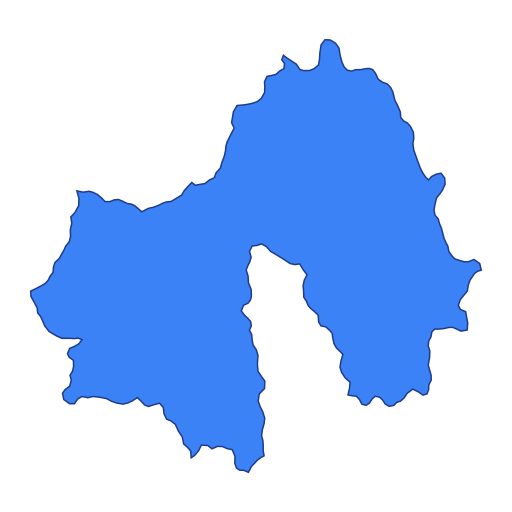 outline of Santa Maria de Itabira, Minas Gerais, Brazil
{"feature_id": "56859067B20369647049217", "entity_name": "Santa Maria de Itabira", "entity_type": "district", "adm_level": 2, "iso_a3": "BRA", "parent_name": "Brazil", "parent_adm1": "Minas Gerais", "projection": "natural_earth1", "projection_center": [-43.042, -19.431], "detail": "fine", "context": "isolated", "style": "filled", "palette": "blue", "viewbox_px": 512, "rotation_deg": 0, "n_neighbors": 0, "source": "geoboundaries", "source_scale": "gbopen_adm2", "svg_char_len": 4501}
<svg xmlns="http://www.w3.org/2000/svg" viewBox="0 0 512 512"><path d="M474.0,259.5L468.5,261.7L464.6,261.8L460.5,260.8L454.6,258.8L451.2,254.9L448.8,251.3L447.9,246.3L445.9,242.5L444.1,238.5L442.8,233.5L441.5,228.4L439.6,224.0L438.2,218.8L435.1,215.4L434.0,210.2L434.9,204.8L436.5,198.0L440.2,193.4L442.5,190.0L445.1,184.2L444.7,178.1L441.0,173.2L436.1,174.2L431.6,176.5L428.6,179.9L425.7,177.2L423.1,173.5L420.3,168.1L417.7,161.1L415.7,155.5L413.8,150.2L412.9,143.5L413.8,138.5L413.4,132.3L410.5,126.5L407.4,123.0L403.6,120.9L400.7,117.4L400.3,111.9L397.6,105.5L394.8,100.2L393.8,95.8L392.7,91.6L390.7,87.6L387.3,84.0L382.4,82.2L378.1,79.1L375.8,73.9L372.6,69.5L368.9,68.4L365.1,68.8L360.8,69.6L355.5,69.7L351.7,71.1L347.3,70.2L344.1,66.9L341.9,62.0L340.0,54.6L339.0,48.1L335.5,43.2L330.3,40.0L325.0,39.7L321.1,44.9L319.9,52.8L319.5,59.2L318.5,65.0L314.2,68.6L309.7,70.5L303.8,70.6L300.0,69.6L296.3,64.1L291.6,61.1L287.3,58.3L283.4,55.3L281.8,59.9L284.5,63.5L283.9,68.6L279.6,71.1L275.9,74.4L271.5,75.5L267.0,76.4L264.5,81.8L264.8,87.1L264.6,92.5L261.3,98.4L257.0,101.8L250.9,103.7L244.8,104.8L237.0,105.5L233.4,111.8L232.6,116.7L231.6,122.7L234.2,128.1L232.2,131.8L229.7,136.7L227.2,141.8L225.9,146.2L225.5,150.8L224.4,155.8L222.0,162.3L220.3,168.1L216.1,172.8L214.3,177.7L209.4,180.0L204.9,183.6L199.7,184.4L195.4,185.3L191.8,182.5L188.4,186.0L184.4,190.4L181.7,195.1L176.8,198.0L171.3,201.4L166.6,201.9L162.8,203.2L158.7,205.3L153.6,207.2L148.3,208.4L141.8,211.8L137.9,208.4L134.9,205.8L131.3,204.1L127.2,203.5L122.8,201.3L118.4,199.5L114.1,199.9L110.0,201.6L105.1,201.6L101.2,197.6L97.6,194.6L92.9,192.3L89.1,191.3L83.2,192.2L76.9,190.9L78.9,198.3L78.7,205.6L75.0,212.5L70.8,217.0L71.8,223.1L70.3,229.9L70.6,236.3L69.2,241.8L65.8,246.0L64.0,250.0L62.0,253.5L59.3,258.4L54.9,262.6L53.5,267.0L53.0,272.5L50.2,276.1L48.1,280.4L45.3,283.4L41.6,285.6L35.9,288.6L30.7,291.1L31.0,296.5L34.1,302.1L37.1,307.7L37.7,312.9L40.6,316.5L42.5,320.6L44.7,325.8L48.9,331.3L53.2,334.0L57.5,336.4L61.8,338.3L66.2,338.3L70.3,338.3L74.2,338.6L78.3,338.1L82.0,339.7L78.5,344.1L74.2,346.5L69.7,348.4L67.5,353.6L69.3,357.4L73.4,360.3L73.6,366.2L72.6,371.1L70.0,375.3L71.3,380.2L69.7,386.1L65.2,389.5L62.5,393.2L63.8,399.5L69.5,403.7L74.5,403.7L77.8,398.9L82.1,396.5L87.8,397.7L92.9,396.5L97.8,397.0L101.6,397.6L106.6,398.6L111.8,401.4L117.3,403.2L123.3,404.1L128.2,402.8L133.0,400.5L137.3,397.6L140.9,400.9L144.4,404.8L148.3,406.5L153.7,404.8L159.6,403.2L163.3,407.6L164.0,413.7L166.6,419.2L171.1,421.0L175.4,424.4L178.4,431.1L182.3,437.0L183.7,444.0L187.2,447.0L190.6,450.9L191.2,457.8L194.7,455.3L198.6,450.7L201.4,445.1L207.7,445.5L212.0,448.8L217.5,446.4L222.4,446.5L226.9,448.5L232.2,449.7L235.0,456.2L234.8,463.3L236.5,468.1L239.7,470.2L243.8,470.3L248.4,472.3L251.4,466.5L254.3,463.5L257.3,460.2L260.6,457.8L264.1,455.8L263.2,451.0L263.2,445.1L262.9,440.7L261.6,435.7L262.3,429.9L264.1,423.7L264.7,418.1L262.9,412.1L260.3,407.0L258.2,401.1L259.2,394.0L264.5,388.6L264.8,381.1L261.5,376.5L258.0,371.3L257.4,364.6L257.6,360.3L258.0,355.8L256.4,350.0L253.0,344.7L252.1,339.5L251.7,334.6L249.4,330.0L251.3,326.0L250.7,321.6L247.9,318.4L244.4,315.1L241.3,310.9L243.5,305.3L248.0,303.2L250.5,300.0L251.4,295.7L251.1,289.3L248.4,282.6L248.1,276.2L246.2,270.0L247.6,266.2L249.8,261.8L251.1,257.2L249.5,251.3L252.1,246.1L257.4,245.3L261.5,243.9L266.5,246.7L270.6,251.4L275.1,254.0L279.5,256.7L284.7,259.9L290.0,263.5L294.9,264.6L299.7,263.9L303.4,270.0L307.0,274.8L304.2,280.4L303.1,285.8L303.6,291.7L303.8,297.2L306.4,301.3L308.3,305.8L310.9,308.6L314.5,311.6L318.1,315.1L318.7,322.1L320.9,325.8L325.8,326.9L329.5,330.2L332.1,333.2L332.8,338.0L334.0,343.7L336.4,347.9L339.2,350.6L342.9,354.4L340.9,361.3L340.0,367.2L341.7,372.6L345.2,377.9L350.1,382.3L349.5,388.2L348.0,394.9L352.3,395.8L356.4,396.2L359.4,399.5L361.9,404.2L366.1,405.3L369.4,403.2L372.1,399.0L375.3,396.2L379.6,397.2L382.8,400.2L385.1,403.9L389.0,406.3L393.8,405.4L396.6,402.5L400.5,401.1L404.0,398.1L407.0,393.5L412.8,389.1L418.7,392.1L423.0,395.1L427.0,393.9L428.6,389.8L428.8,384.8L431.2,380.2L431.1,375.3L429.9,370.9L428.2,365.1L429.6,357.6L429.8,350.9L428.2,345.8L428.8,340.9L430.9,337.0L431.9,331.8L434.7,329.1L438.5,329.1L443.7,328.6L449.0,327.4L452.8,327.4L456.5,329.0L461.0,331.1L467.2,330.0L467.7,323.0L466.6,317.1L465.6,311.6L460.4,309.5L458.3,305.3L460.4,299.5L463.8,295.3L467.3,291.1L468.3,285.0L470.0,280.2L472.2,276.9L474.6,273.4L477.7,271.2L481.3,270.2L479.7,263.5L474.0,259.5Z" fill="#3b82f6" stroke="#1e3a8a" stroke-width="1.5"/></svg>